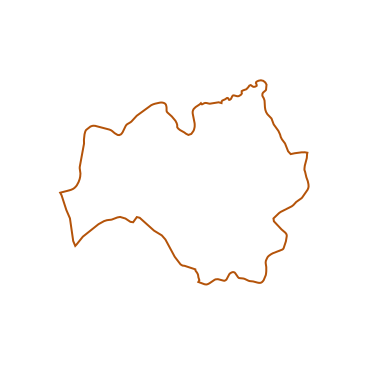 map outline of Potaro-Siparuni (Mercator projection), rotated 142°
{"feature_id": "GUY-672", "entity_name": "Potaro-Siparuni", "entity_type": "Region", "adm_level": 1, "iso_a3": "GUY", "parent_name": "Guyana", "parent_adm1": "", "projection": "mercator", "projection_center": [-59.388, 4.854], "detail": "fine", "context": "isolated", "style": "outline", "palette": "amber", "viewbox_px": 384, "rotation_deg": 142, "n_neighbors": 0, "source": "natural_earth", "source_scale": "10m", "svg_char_len": 3401}
<svg xmlns="http://www.w3.org/2000/svg" viewBox="0 0 384 384"><g transform="rotate(142 192 192)"><path d="M73.8,239.1L72.6,239.1L71.0,238.7L68.9,237.6L67.4,235.7L66.8,233.2L67.2,230.7L70.8,226.9L71.9,226.7L74.6,226.6L75.8,226.2L77.0,225.0L77.5,223.8L77.6,222.4L78.0,220.9L78.6,219.3L82.4,213.8L83.6,211.6L84.4,209.3L84.7,206.8L84.1,201.0L86.0,195.0L86.3,187.0L87.2,183.1L88.2,180.7L88.7,178.2L88.8,173.0L91.2,164.9L90.9,161.1L87.2,159.3L81.4,155.9L78.6,153.8L76.9,151.9L78.0,151.0L80.6,148.1L86.9,143.3L88.7,141.5L89.8,140.2L90.4,138.4L92.8,133.2L94.1,129.2L95.6,126.2L96.8,124.5L98.1,123.4L99.6,122.6L108.3,119.9L109.2,119.7L110.1,119.7L115.9,120.0L120.1,119.3L122.2,119.3L134.3,121.7L136.4,121.8L144.1,121.0L145.5,118.5L144.5,107.4L143.5,102.5L143.5,101.0L143.9,99.7L144.6,98.8L148.4,95.3L154.1,91.5L154.8,91.1L155.4,91.0L156.2,91.0L166.2,94.0L168.2,94.3L170.1,94.4L171.1,94.4L172.3,94.2L173.7,93.6L176.0,92.4L177.2,91.3L177.9,90.3L179.7,87.1L182.2,83.9L183.7,82.3L185.0,81.1L189.8,78.4L190.9,78.1L192.2,77.9L193.2,78.0L194.2,78.4L195.2,79.2L196.1,80.2L198.9,83.9L201.5,86.4L202.1,87.3L204.0,91.1L204.7,92.1L205.6,93.0L207.3,94.6L208.0,95.4L208.2,96.4L207.9,101.5L208.0,102.4L208.6,103.3L209.6,104.0L211.4,104.4L212.7,104.4L213.8,104.0L218.7,101.8L220.0,101.8L221.1,102.1L221.7,102.7L225.2,107.3L226.2,108.0L227.1,108.6L228.2,108.9L234.1,109.3L235.5,109.5L236.6,109.8L237.5,110.2L238.3,110.9L239.0,111.7L242.4,117.2L240.5,118.0L239.5,120.8L238.3,122.9L237.9,124.2L237.7,125.7L237.7,127.0L237.6,128.0L237.0,129.0L243.3,138.4L244.8,139.9L245.6,142.0L245.5,151.6L242.2,170.9L242.5,176.4L245.7,184.9L249.1,203.9L250.9,206.2L257.0,204.4L258.9,206.4L260.8,212.1L264.0,216.6L265.9,217.6L266.5,217.9L272.3,219.7L273.7,220.5L274.6,221.1L276.5,222.2L279.2,223.2L285.5,224.2L305.5,224.0L315.3,221.7L317.2,221.4L315.8,226.5L304.4,246.4L302.1,255.2L296.8,269.7L296.3,272.6L290.1,269.9L286.0,268.2L284.0,267.7L282.9,267.6L281.8,267.6L279.7,267.9L278.6,268.2L275.2,269.7L272.5,271.4L270.6,273.0L268.5,275.3L265.9,279.8L265.1,280.8L247.3,296.6L244.9,299.8L241.2,303.6L239.1,305.2L238.2,305.7L237.6,306.0L236.2,306.1L231.7,306.1L229.9,305.5L228.9,304.9L227.7,303.9L218.7,292.1L217.9,290.7L217.4,289.3L216.7,285.9L215.5,282.8L215.0,282.3L214.4,281.7L213.3,281.4L212.6,281.2L211.7,281.3L210.9,281.5L209.9,281.8L204.0,284.7L203.0,285.1L202.0,285.3L201.1,285.3L198.3,284.9L196.5,284.8L188.6,286.1L170.6,285.5L168.6,285.0L166.7,284.3L162.3,282.2L161.2,281.5L160.2,280.6L159.3,279.4L158.8,278.1L158.8,276.9L159.5,275.2L160.2,274.0L161.8,272.0L162.4,270.9L162.4,269.7L161.4,264.0L161.2,258.3L161.7,255.7L162.4,253.9L163.2,252.9L163.8,252.0L163.8,250.4L163.3,248.2L161.4,243.7L160.8,241.5L159.7,239.2L156.8,238.2L154.0,239.0L152.9,239.4L151.9,240.0L150.9,240.8L149.8,241.7L148.4,243.4L147.6,244.6L143.2,253.3L142.6,254.2L141.8,255.1L140.8,255.8L139.5,256.4L136.8,256.7L131.9,256.3L130.3,256.5L130.4,255.2L129.9,254.8L128.3,254.6L126.8,254.1L125.6,253.0L124.6,251.7L123.6,250.6L115.8,246.3L114.0,243.9L112.9,245.1L111.8,245.4L109.0,244.7L108.3,244.6L106.9,244.6L106.3,244.4L105.8,243.6L106.1,241.9L105.6,241.4L103.9,241.4L101.3,242.7L100.1,242.8L99.3,242.1L97.4,239.6L96.2,238.8L94.9,238.6L93.4,238.5L92.1,238.9L91.5,240.0L90.7,240.9L89.1,240.6L85.9,239.5L83.3,239.9L81.3,240.5L79.9,240.1L79.2,237.7L78.5,236.7L77.0,236.0L75.6,235.9L74.9,237.0L74.6,238.5L73.8,239.1Z" fill="none" stroke="#b45309" stroke-width="2"/></g></svg>